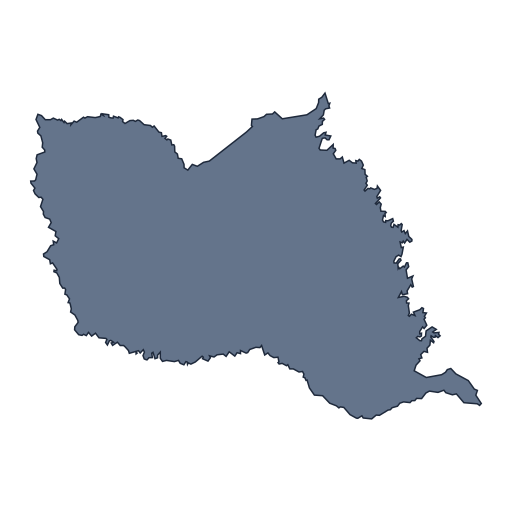 Ponte Alta do Tocantins, Tocantins, Brazil (orthographic projection)
{"feature_id": "56859067B20194373931843", "entity_name": "Ponte Alta do Tocantins", "entity_type": "district", "adm_level": 2, "iso_a3": "BRA", "parent_name": "Brazil", "parent_adm1": "Tocantins", "projection": "orthographic", "projection_center": [-47.257, -10.753], "detail": "fine", "context": "isolated", "style": "filled", "palette": "slate", "viewbox_px": 512, "rotation_deg": 0, "n_neighbors": 0, "source": "geoboundaries", "source_scale": "gbopen_adm2", "svg_char_len": 6035}
<svg xmlns="http://www.w3.org/2000/svg" viewBox="0 0 512 512"><path d="M479.6,405.4L481.3,403.5L475.8,395.2L477.4,390.4L474.3,389.1L468.3,380.6L455.9,373.9L450.8,368.5L447.3,369.6L445.5,372.3L441.6,374.7L426.3,377.5L414.2,370.8L416.0,365.2L420.0,360.8L418.9,358.8L421.9,357.9L420.7,354.6L423.9,351.4L427.5,352.3L427.0,348.2L429.9,345.1L430.4,340.3L433.6,342.7L434.0,341.5L430.8,337.1L431.1,335.8L433.6,337.4L435.2,337.1L435.4,335.6L438.0,337.6L440.1,335.8L438.6,334.3L439.0,332.4L434.0,332.9L432.7,332.0L436.3,329.4L432.1,326.9L426.1,330.9L425.5,336.3L422.0,338.8L421.5,340.7L419.9,340.7L416.3,337.8L417.7,336.4L420.0,336.9L421.4,336.0L421.5,333.2L419.7,333.8L419.7,331.5L422.6,326.9L424.1,328.5L426.8,325.2L424.0,319.2L425.4,317.8L424.4,316.3L426.4,313.0L422.9,312.6L423.5,308.5L421.9,307.7L419.9,309.7L413.4,312.1L415.0,315.6L411.4,314.2L409.4,316.3L408.3,315.5L409.4,313.1L408.3,305.6L409.0,303.1L406.6,303.0L406.4,300.7L408.6,298.8L407.4,297.3L404.1,296.3L398.3,297.5L401.5,291.6L402.4,294.7L407.6,293.7L407.1,290.9L410.8,284.7L412.2,287.1L413.4,286.5L411.7,278.9L412.9,276.0L407.5,278.3L406.1,269.9L408.7,266.7L407.8,262.8L406.5,262.8L404.4,267.1L403.2,266.1L399.8,268.7L398.9,267.5L398.2,268.6L397.8,263.7L401.0,260.3L400.5,258.9L399.2,258.9L396.2,263.1L394.0,262.9L393.8,261.2L396.1,256.6L398.7,255.1L401.0,256.6L402.0,254.1L403.3,247.1L401.3,247.6L400.1,242.0L402.3,242.8L403.2,241.1L404.6,243.0L407.0,239.4L409.8,242.2L411.9,241.0L411.9,239.4L408.8,236.5L407.5,230.9L405.3,233.6L404.0,230.6L401.8,232.0L401.1,230.7L402.2,224.6L401.3,223.6L399.7,225.0L398.1,224.7L397.9,227.2L394.0,224.4L393.1,227.4L391.5,227.2L390.7,225.6L391.3,223.1L393.4,221.2L392.7,218.6L387.9,220.8L385.7,220.6L385.6,222.4L383.5,221.9L382.5,220.0L383.5,215.5L385.2,216.5L385.0,213.3L386.2,212.6L385.3,211.4L380.9,211.2L380.3,207.6L381.2,204.1L379.2,201.9L376.5,204.5L375.4,203.5L380.5,197.9L379.7,196.8L377.3,198.1L376.8,196.6L380.6,190.4L377.4,186.0L377.0,188.4L374.4,189.4L370.7,187.9L369.8,188.8L368.0,188.4L365.0,191.1L364.1,190.0L367.3,185.2L365.9,183.3L367.2,181.0L366.2,177.3L367.4,176.3L365.1,174.3L364.9,169.6L361.8,168.5L363.3,165.1L361.5,161.1L359.3,159.4L357.9,161.1L355.8,160.6L356.2,163.1L352.4,162.8L349.2,160.3L344.0,163.1L342.3,157.0L340.1,158.9L336.2,158.9L333.3,153.8L335.8,150.3L335.1,148.5L333.1,148.1L333.2,144.5L326.9,150.3L320.2,150.0L319.0,148.3L322.3,138.3L325.1,137.9L327.1,139.8L329.0,139.8L330.8,136.0L325.2,135.0L326.0,132.3L323.7,132.8L319.6,136.2L316.1,137.2L315.1,135.2L316.1,129.8L317.8,128.9L318.9,126.1L322.3,124.4L322.4,121.4L324.6,119.4L323.6,118.1L319.7,118.8L323.4,114.9L324.2,110.2L325.7,108.8L329.6,108.0L328.9,105.9L329.8,103.2L328.3,103.6L325.0,93.1L321.8,97.3L318.7,99.2L318.6,102.6L316.2,108.6L306.9,114.8L282.3,118.8L274.7,111.9L272.5,114.0L266.5,114.3L264.0,116.6L257.5,118.9L252.0,119.1L251.4,125.4L252.4,126.5L246.5,132.0L209.3,161.1L203.6,162.3L197.3,166.3L192.3,164.4L187.8,170.1L184.1,167.8L184.0,164.3L181.7,158.8L178.2,158.3L177.4,154.0L174.8,151.9L174.6,146.2L173.8,144.7L171.8,144.9L170.8,140.1L167.9,139.0L166.9,139.9L165.0,138.4L166.7,136.3L165.7,135.6L162.0,136.4L161.4,132.7L158.9,132.1L154.1,126.0L152.4,127.3L150.5,125.5L144.1,124.7L139.6,120.6L137.8,120.0L135.3,121.4L133.3,120.3L129.9,120.6L125.0,123.5L122.6,121.6L123.0,119.6L120.1,117.4L118.6,116.8L118.1,117.9L113.5,116.2L113.1,118.1L111.0,117.9L108.9,117.3L108.7,114.7L102.4,113.8L103.4,115.5L100.9,114.2L100.3,116.5L95.3,117.6L87.5,116.7L84.9,118.1L83.5,117.2L76.7,122.2L74.1,121.1L70.9,124.8L71.1,123.0L67.1,123.6L64.6,121.2L64.0,122.5L61.6,119.4L60.9,120.6L59.2,119.3L57.6,120.1L53.3,118.1L50.5,119.7L45.3,119.7L41.5,115.6L37.9,114.3L36.0,119.5L39.8,127.4L37.5,131.1L37.8,133.1L40.9,135.9L42.7,142.8L42.2,147.2L44.7,150.0L44.8,152.0L37.1,154.8L36.2,158.6L37.0,162.5L33.9,168.9L37.0,174.2L35.7,179.8L34.5,181.0L30.7,181.1L31.0,183.2L34.9,188.1L33.5,190.5L35.1,193.9L38.8,197.5L41.1,197.2L42.9,199.3L40.5,206.6L43.5,211.5L43.3,214.1L45.1,217.5L49.7,219.1L51.2,222.6L48.5,227.3L55.9,231.5L55.2,235.8L58.7,238.7L56.6,242.9L53.2,241.1L53.7,244.7L50.7,245.7L47.0,251.8L43.5,254.0L43.8,256.5L49.7,259.7L50.4,263.8L52.6,262.9L57.0,269.4L56.7,270.7L54.1,270.2L53.9,271.7L56.8,272.9L59.3,277.4L59.8,283.5L62.7,288.1L64.7,288.1L65.6,289.5L64.9,294.2L66.8,294.9L69.5,298.9L68.1,302.6L69.8,302.9L70.3,304.3L71.3,308.9L70.6,312.0L74.9,315.0L77.8,320.4L78.1,322.4L74.8,326.8L74.6,329.8L78.7,334.7L82.0,335.4L83.6,334.3L86.3,335.6L88.5,332.4L91.6,336.1L95.5,333.2L99.0,337.8L105.9,338.4L106.9,339.4L105.6,342.5L107.4,345.0L109.4,340.8L110.8,340.4L113.5,342.2L111.2,343.0L112.6,345.4L117.4,342.2L120.2,345.5L123.6,345.5L125.1,346.8L128.5,350.6L129.3,353.3L138.5,350.7L140.2,353.0L143.3,349.7L144.4,352.1L143.0,355.6L144.2,358.9L145.6,359.5L147.0,359.9L149.0,357.7L152.4,357.6L151.7,353.2L153.0,352.3L155.0,358.7L157.6,357.8L157.6,355.1L160.3,352.1L160.3,358.3L162.5,361.4L166.5,360.4L174.4,361.6L178.5,360.4L180.2,363.3L183.9,364.8L185.9,361.6L187.1,361.9L187.5,364.4L188.3,362.9L190.9,364.1L195.3,362.0L202.1,356.2L203.3,357.2L202.5,358.7L208.0,361.1L210.4,357.7L209.5,355.8L214.0,357.0L217.1,354.8L223.2,354.1L226.1,356.4L229.2,351.8L234.8,356.1L237.1,352.7L240.5,353.6L240.5,350.5L246.1,353.1L247.7,352.6L249.7,349.5L255.9,347.3L259.9,347.6L261.6,345.5L264.7,355.0L267.9,352.9L270.1,355.6L273.8,357.6L278.0,357.2L278.9,361.8L278.0,362.6L279.1,364.0L282.2,363.4L286.5,365.7L287.8,364.7L289.8,368.9L293.3,368.9L299.0,372.0L302.5,371.5L303.9,374.1L303.2,377.1L304.9,377.8L306.0,380.4L307.1,380.1L309.4,387.9L314.4,395.1L322.6,395.7L329.7,403.2L336.4,405.8L338.9,407.9L340.3,406.9L343.8,407.4L350.0,414.6L356.3,418.1L357.8,418.3L361.9,415.8L363.2,418.0L371.7,418.9L376.2,415.1L379.5,415.3L388.0,410.1L390.4,409.7L392.1,407.7L397.5,406.2L399.8,403.2L403.6,401.9L410.0,402.6L411.8,400.7L414.8,400.6L416.6,398.4L421.6,398.6L425.9,393.0L429.4,391.1L438.0,392.4L443.9,390.2L445.8,392.7L452.4,394.8L456.4,393.9L463.9,402.7L477.3,403.8L479.6,405.4ZM136.0,352.2L136.1,353.9L137.1,353.1L136.0,352.2Z" fill="#64748b" stroke="#1e293b" stroke-width="1.5"/></svg>